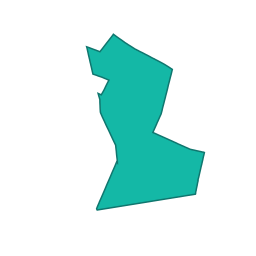 outline of Comuna 11, Ciudad de Buenos Aires, Argentina, rotated 240°
{"feature_id": "61730980B31104759078199", "entity_name": "Comuna 11", "entity_type": "district", "adm_level": 2, "iso_a3": "ARG", "parent_name": "Argentina", "parent_adm1": "Ciudad de Buenos Aires", "projection": "albers", "projection_center": [-58.493, -34.603], "detail": "fine", "context": "isolated", "style": "filled", "palette": "teal", "viewbox_px": 256, "rotation_deg": 240, "n_neighbors": 0, "source": "geoboundaries", "source_scale": "gbopen_adm2", "svg_char_len": 3667}
<svg xmlns="http://www.w3.org/2000/svg" viewBox="0 0 256 256"><g transform="rotate(240 128 128)"><path d="M219.0,132.8L217.8,132.5L215.0,131.6L214.7,131.5L213.7,131.2L211.3,130.4L211.0,130.3L209.6,129.9L207.6,129.3L207.2,129.2L203.8,128.1L202.3,127.7L201.5,127.4L200.1,127.0L199.4,126.8L196.2,125.8L195.8,125.7L195.6,125.6L192.5,124.7L192.1,124.6L191.2,125.5L188.8,127.6L188.2,128.0L185.2,130.7L184.9,130.9L184.7,131.1L182.5,132.7L181.7,133.4L181.5,133.5L179.0,135.4L176.7,131.8L174.7,128.8L174.6,128.7L172.9,126.2L171.4,123.7L170.1,121.4L172.2,119.9L172.5,119.7L172.9,119.4L169.5,118.5L169.3,118.5L167.4,118.0L166.6,117.8L164.3,116.5L161.6,115.1L158.2,113.3L156.3,112.4L156.0,112.2L155.9,112.2L155.2,111.9L154.7,111.8L151.2,111.4L150.3,111.3L147.9,111.1L147.0,111.0L146.5,111.0L145.3,110.9L144.7,110.8L143.6,110.7L141.7,110.5L139.1,110.3L137.4,110.2L134.8,110.0L131.5,109.7L130.7,109.6L130.4,109.6L129.1,109.5L125.8,109.2L120.5,108.8L119.6,108.7L119.5,108.8L116.4,107.4L113.4,106.1L113.1,106.0L112.8,105.8L111.9,105.4L110.4,104.7L107.6,103.5L105.1,102.4L104.8,102.2L104.0,101.9L103.1,101.4L104.3,101.2L103.3,99.9L101.6,97.7L99.9,95.4L98.6,93.6L98.3,93.2L96.6,90.9L94.9,88.7L92.9,86.0L91.0,83.4L89.0,80.7L87.0,78.1L85.2,75.7L83.8,73.8L83.5,73.4L81.8,71.1L80.4,69.2L80.1,68.8L78.1,66.0L77.7,65.6L76.7,64.2L76.4,63.8L74.9,61.8L74.7,61.6L74.5,61.3L74.3,61.1L74.0,60.7L73.9,60.6L73.7,60.4L73.2,60.4L72.9,60.3L72.4,60.3L57.3,99.9L53.4,110.1L52.6,112.3L37.0,153.3L37.6,153.9L37.8,154.0L38.8,154.7L39.8,155.7L40.9,156.6L41.9,157.5L42.9,158.4L44.0,159.4L45.8,160.9L46.1,161.2L46.4,161.5L46.8,161.9L47.6,162.5L47.8,162.4L49.8,164.4L50.2,164.8L52.8,167.2L55.8,170.0L58.2,172.2L58.5,172.5L59.9,173.9L60.5,174.4L62.1,175.9L62.5,176.3L63.6,177.3L64.2,177.8L64.6,178.2L65.4,178.9L66.6,180.1L68.6,181.9L69.5,181.1L69.7,180.8L70.0,180.4L71.0,179.4L71.9,178.4L73.3,176.9L73.6,176.5L73.7,176.4L73.8,176.3L75.4,174.6L77.1,172.7L78.7,171.0L79.9,170.2L81.0,169.4L82.2,168.5L83.3,167.7L83.9,167.3L84.3,167.0L84.7,166.7L85.0,166.5L85.4,166.2L85.6,166.0L86.1,165.6L86.5,165.4L87.2,164.9L87.6,164.6L88.5,163.9L88.9,163.6L89.5,163.2L89.8,163.0L90.4,162.6L90.9,162.3L91.4,161.9L91.6,161.7L92.0,161.5L92.3,161.3L92.6,161.0L92.9,160.8L94.1,160.0L97.8,157.3L97.9,157.2L98.3,157.0L98.5,156.8L98.7,156.7L99.6,156.0L100.2,155.6L100.6,155.3L101.2,154.9L101.6,154.6L102.0,154.3L102.1,154.2L102.3,154.1L102.6,153.8L103.1,153.5L103.4,153.3L103.8,153.0L104.2,152.7L106.0,151.4L106.5,151.0L106.8,150.8L108.5,149.6L108.8,149.4L111.7,147.3L113.9,150.3L116.2,153.5L116.6,154.0L116.8,154.4L116.9,154.5L117.2,154.8L118.6,156.7L118.9,157.2L121.1,160.2L121.4,160.6L123.6,163.7L125.6,165.7L126.0,166.1L128.1,168.0L128.4,168.3L131.1,171.0L133.9,173.7L136.3,176.1L136.7,176.4L139.4,179.1L142.2,181.8L142.5,182.1L145.0,184.4L147.7,187.1L150.5,189.8L150.8,190.1L153.2,192.5L154.9,194.1L156.6,195.7L158.7,194.6L158.8,194.6L159.0,194.5L159.2,194.4L161.7,193.1L164.3,191.7L165.2,191.2L166.7,190.3L168.0,189.5L168.5,189.2L169.3,188.7L172.0,187.0L173.8,185.8L174.6,185.4L175.2,184.9L177.7,183.3L178.6,182.8L181.8,180.8L182.2,180.5L182.5,180.3L185.2,178.6L185.7,178.3L188.3,176.5L190.3,175.3L190.9,174.8L191.0,174.8L191.7,174.4L192.4,173.9L192.8,173.6L194.6,172.7L197.7,171.1L197.9,171.0L200.4,169.6L200.8,169.5L203.2,168.2L203.4,168.1L203.6,168.0L203.8,167.9L204.4,167.7L206.8,166.6L207.3,166.4L210.2,165.0L213.3,163.6L214.0,163.3L214.7,163.0L216.5,162.2L216.2,161.7L214.9,158.6L213.8,155.8L213.6,155.4L212.3,152.1L210.8,148.5L209.4,145.1L208.1,141.8L208.6,141.4L209.5,140.7L210.9,139.5L211.1,139.4L213.7,137.2L215.9,135.4L216.3,135.1L218.2,133.5L219.0,132.8Z" fill="#14b8a6" stroke="#0f766e" stroke-width="1.5"/></g></svg>